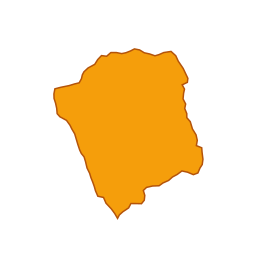 Aperibé, Rio de Janeiro, Brazil, rotated 113°
{"feature_id": "56859067B41541405954438", "entity_name": "Aperibé", "entity_type": "district", "adm_level": 2, "iso_a3": "BRA", "parent_name": "Brazil", "parent_adm1": "Rio de Janeiro", "projection": "equal_earth", "projection_center": [-42.132, -21.653], "detail": "fine", "context": "isolated", "style": "filled", "palette": "amber", "viewbox_px": 256, "rotation_deg": 113, "n_neighbors": 0, "source": "geoboundaries", "source_scale": "gbopen_adm2", "svg_char_len": 1284}
<svg xmlns="http://www.w3.org/2000/svg" viewBox="0 0 256 256"><g transform="rotate(113 128 128)"><path d="M142.1,46.1L136.8,46.1L132.6,45.4L127.5,46.8L121.3,50.4L117.4,52.4L117.5,58.2L112.3,59.4L107.7,62.7L103.7,68.3L97.8,73.2L95.5,77.9L91.8,79.5L87.9,83.4L83.4,84.3L79.7,88.7L74.3,90.4L70.1,91.2L67.1,95.0L62.8,91.2L58.9,92.3L55.8,95.8L51.6,100.5L46.9,107.8L42.8,112.3L40.7,118.3L44.6,124.6L48.4,128.2L51.0,131.4L51.4,137.1L52.4,142.4L51.6,147.9L52.7,153.0L56.2,155.9L59.6,159.4L62.0,162.9L63.1,168.2L65.3,173.3L70.3,175.7L71.7,180.7L76.8,182.6L82.4,183.5L88.3,188.2L93.4,190.5L96.9,190.8L100.9,190.1L105.5,190.6L108.4,194.5L112.0,198.8L116.8,205.8L120.5,210.6L125.6,209.5L129.7,207.6L133.4,204.4L137.8,201.3L142.5,198.8L144.3,195.0L145.0,187.6L148.1,182.5L150.7,179.5L154.2,174.8L158.8,171.0L162.8,167.7L167.1,163.9L169.7,161.0L171.7,157.2L175.5,154.0L180.8,150.1L184.7,145.6L188.3,142.6L191.5,139.4L195.0,136.2L198.5,133.4L202.6,129.1L201.5,123.4L205.8,118.9L209.0,111.7L211.9,106.8L215.3,102.3L211.4,102.0L207.1,100.0L201.3,96.2L196.4,95.8L194.6,91.5L192.4,86.0L188.1,84.8L183.5,86.2L179.5,89.5L175.4,87.7L171.8,82.7L169.0,76.8L165.0,74.4L160.4,70.1L155.7,67.9L151.6,64.6L146.5,61.6L145.4,55.9L145.4,49.6L142.1,46.1Z" fill="#f59e0b" stroke="#b45309" stroke-width="1.5"/></g></svg>